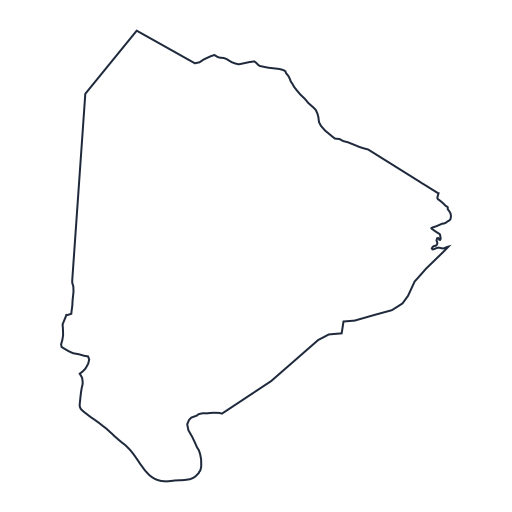 Volet, Micoud, Saint Lucia (orthographic projection)
{"feature_id": "8701671B54248554179471", "entity_name": "Volet", "entity_type": "district", "adm_level": 2, "iso_a3": "LCA", "parent_name": "Saint Lucia", "parent_adm1": "Micoud", "projection": "orthographic", "projection_center": [-60.907, 13.826], "detail": "fine", "context": "isolated", "style": "outline", "palette": "slate", "viewbox_px": 512, "rotation_deg": 0, "n_neighbors": 0, "source": "geoboundaries", "source_scale": "gbopen_adm2", "svg_char_len": 4264}
<svg xmlns="http://www.w3.org/2000/svg" viewBox="0 0 512 512"><path d="M271.7,380.6L318.2,340.0L328.7,334.5L332.4,334.1L338.7,333.6L341.6,333.4L342.0,331.2L343.5,321.5L354.7,320.6L362.7,318.3L376.0,314.5L391.8,310.2L398.2,306.2L402.5,303.4L408.0,295.9L414.7,281.4L417.2,278.7L426.2,268.5L443.5,251.7L448.5,246.6L447.7,246.8L445.8,247.5L444.1,248.3L442.1,248.4L440.7,248.0L439.0,247.7L438.0,247.7L435.9,248.3L433.9,249.2L432.5,249.4L431.8,248.4L432.8,246.8L434.0,246.0L435.9,245.7L436.6,245.0L437.3,243.7L437.3,242.7L437.0,241.9L436.5,240.2L437.3,238.1L438.4,238.1L438.8,238.5L439.3,239.8L440.1,239.9L440.7,238.6L440.5,237.4L440.0,234.5L439.1,233.7L436.5,232.1L431.9,228.9L431.4,228.2L432.4,227.5L436.2,226.3L437.8,225.6L442.4,223.6L443.7,223.6L445.9,222.7L447.3,221.6L449.4,220.4L450.5,219.1L450.9,216.8L450.9,215.5L450.6,213.7L449.8,212.1L448.9,210.7L448.1,209.7L447.7,209.0L447.8,208.0L447.7,207.2L446.7,206.4L445.7,205.9L443.4,203.5L442.6,202.8L439.8,200.5L438.1,199.3L437.8,198.9L437.4,198.2L437.4,197.2L437.7,196.2L438.5,193.3L438.2,193.3L423.3,184.0L422.5,183.6L420.1,182.0L368.1,149.5L365.6,148.8L363.2,148.2L361.4,147.6L359.2,146.9L353.5,144.5L350.4,143.3L348.0,142.3L343.3,141.1L342.9,140.9L339.4,139.0L335.0,138.6L332.5,136.7L330.8,135.3L325.0,130.5L323.9,129.2L320.9,125.8L319.5,123.1L319.1,122.4L318.8,120.7L318.4,117.3L317.5,113.8L315.8,110.0L314.3,108.4L313.3,107.4L309.3,103.9L308.3,103.0L304.9,98.9L300.4,94.6L297.0,90.6L294.1,86.9L293.9,86.6L292.6,84.1L290.9,81.7L290.7,81.3L289.5,78.1L288.3,75.9L287.0,74.3L286.1,73.2L285.6,71.9L285.4,71.3L284.1,70.5L283.1,70.0L282.3,69.8L281.4,69.5L278.8,68.9L268.2,67.7L259.9,66.0L258.4,65.1L256.3,62.9L254.3,61.4L250.8,61.9L249.3,62.1L243.7,63.3L240.9,63.9L238.8,64.3L235.2,63.5L234.0,63.0L232.1,62.4L229.2,60.7L226.5,59.0L223.7,58.0L219.5,57.6L217.7,57.0L217.3,56.8L214.4,55.0L213.6,55.3L211.0,56.1L206.0,58.4L203.5,59.6L199.5,62.3L196.6,62.9L194.9,63.3L187.4,59.1L136.7,30.7L85.3,93.8L72.2,280.8L72.3,283.1L73.3,286.3L73.4,288.1L73.5,291.9L72.8,298.2L72.6,300.2L72.3,305.7L71.5,311.6L71.3,313.8L67.2,315.1L66.8,315.0L66.4,314.9L65.2,318.0L62.6,324.3L62.9,328.4L63.0,330.9L63.1,335.0L62.4,339.7L61.1,344.4L61.6,347.0L65.4,349.3L69.0,351.4L72.4,352.9L73.0,353.2L73.5,353.3L79.1,354.3L84.2,355.8L88.0,356.4L88.6,357.9L89.2,359.5L88.4,362.8L88.2,363.7L86.3,367.1L85.2,368.9L82.4,371.7L79.7,373.7L80.0,374.2L80.6,375.1L81.3,376.3L81.6,376.8L82.2,378.3L82.4,379.7L82.5,380.3L82.6,381.4L82.7,383.3L82.3,385.7L82.0,386.8L81.7,388.1L81.4,389.7L81.3,390.7L81.0,392.2L80.9,393.3L80.6,395.8L80.4,397.3L80.2,399.8L79.9,402.4L79.7,404.3L79.7,405.1L79.7,405.3L79.8,406.6L80.0,407.2L80.7,408.8L81.9,410.1L83.4,411.4L84.3,412.2L86.7,414.0L89.1,415.9L91.1,417.4L95.0,420.0L96.9,421.4L98.3,422.4L98.7,422.7L100.5,424.1L103.4,426.4L105.6,428.0L108.1,430.2L111.0,432.9L111.3,433.1L114.3,436.0L116.7,438.1L117.3,438.6L119.3,440.4L120.6,441.4L121.6,442.3L124.4,444.4L125.9,445.7L126.2,446.0L127.5,447.3L128.7,448.5L130.1,450.0L131.2,451.3L133.3,453.9L135.5,457.0L138.2,460.9L139.5,462.9L139.8,463.4L142.1,466.5L143.3,468.2L144.4,469.7L145.9,471.5L146.5,472.1L147.2,472.9L147.6,473.3L148.6,474.4L150.1,475.8L150.6,476.1L151.6,476.9L152.5,477.5L154.7,478.8L156.0,479.4L156.4,479.6L157.8,480.0L158.2,480.2L159.1,480.4L160.8,480.9L162.6,481.1L162.9,481.1L164.6,481.3L167.8,481.3L168.9,481.2L170.6,481.0L173.3,480.7L174.0,480.6L175.9,480.4L177.7,480.4L178.4,480.3L182.0,480.2L184.4,480.0L188.3,479.5L190.3,479.1L192.2,478.3L193.7,477.6L195.4,476.4L196.5,475.4L196.8,475.0L197.4,474.4L197.6,474.2L198.9,472.8L199.1,472.0L200.3,470.5L200.9,468.1L201.2,466.6L201.2,463.4L201.1,459.2L200.1,454.0L198.9,450.4L198.2,449.2L197.2,447.6L196.9,447.1L195.2,443.2L192.8,438.1L192.5,437.4L188.4,430.2L187.2,424.2L189.0,420.0L191.3,417.6L196.8,415.6L198.1,414.5L199.0,414.1L199.5,414.0L200.0,413.8L200.9,413.6L201.7,413.5L202.4,413.4L203.0,413.2L203.9,413.2L204.6,413.3L205.3,413.3L206.0,413.3L206.7,413.3L207.4,413.3L208.0,413.2L208.7,413.1L209.3,413.1L210.0,413.0L210.7,413.0L211.4,412.9L212.2,412.8L212.8,412.8L213.4,412.8L213.8,412.8L214.1,412.8L214.5,412.8L214.9,412.8L215.6,412.8L216.3,412.8L217.1,412.9L217.7,412.9L218.4,412.9L219.0,412.9L219.6,413.0L222.0,413.6L271.4,380.9L271.7,380.6Z" fill="none" stroke="#1e293b" stroke-width="2"/></svg>